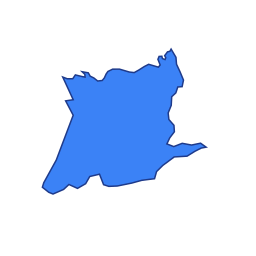 Galini, Cyprus, rotated 22°
{"feature_id": "46923920B41086018803178", "entity_name": "Galini", "entity_type": "district", "adm_level": 2, "iso_a3": "CYP", "parent_name": "Cyprus", "parent_adm1": "", "projection": "orthographic", "projection_center": [32.781, 35.132], "detail": "fine", "context": "isolated", "style": "filled", "palette": "blue", "viewbox_px": 256, "rotation_deg": 22, "n_neighbors": 0, "source": "geoboundaries", "source_scale": "gbopen_adm2", "svg_char_len": 1107}
<svg xmlns="http://www.w3.org/2000/svg" viewBox="0 0 256 256"><g transform="rotate(22 128 128)"><path d="M48.4,105.2L66.6,122.3L60.0,126.2L72.4,136.7L73.5,184.6L70.4,210.3L70.8,215.0L78.6,217.3L83.2,217.3L91.3,209.1L94.4,202.5L103.8,202.9L109.6,195.5L110.7,187.3L118.9,181.5L126.6,189.7L132.1,189.3L139.8,185.8L152.2,177.6L160.3,171.4L164.9,168.8L171.6,165.1L170.8,157.7L174.3,149.6L181.7,137.5L193.3,132.0L198.7,124.6L203.4,119.2L207.6,116.5L201.0,114.9L197.5,117.2L193.3,120.0L184.0,121.9L177.4,128.1L170.0,128.2L170.4,121.5L172.4,114.1L169.6,108.3L162.7,104.8L159.6,99.0L159.6,90.8L156.8,82.6L159.2,77.5L158.8,71.3L162.7,69.4L161.5,62.8L155.3,56.5L149.1,50.7L146.0,44.5L138.4,38.7L138.1,41.2L136.1,42.6L134.9,47.2L136.7,48.7L136.7,50.7L133.9,50.7L132.5,48.8L130.0,50.0L130.0,53.1L134.2,57.5L133.4,60.2L123.3,61.2L120.1,64.9L116.3,70.2L113.0,74.3L108.3,75.6L98.1,76.6L91.7,79.2L88.2,83.1L87.5,86.1L87.3,90.5L86.3,93.6L82.3,95.8L77.6,94.4L73.5,94.1L70.5,91.7L64.4,93.0L67.9,94.4L69.1,96.9L66.1,97.5L59.3,98.5L58.3,103.0L53.3,105.1L48.4,105.2Z" fill="#3b82f6" stroke="#1e3a8a" stroke-width="1.5"/></g></svg>